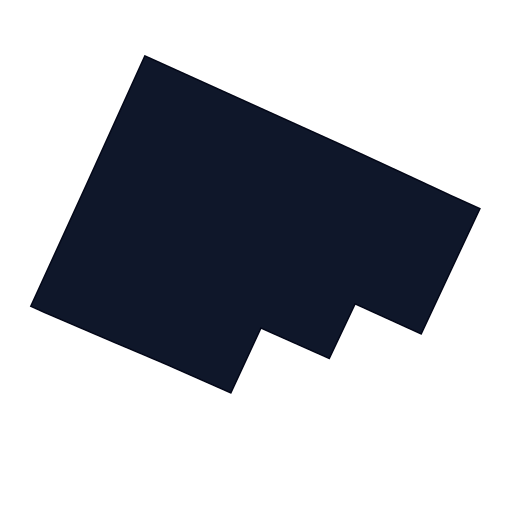 the district of Medina, Ohio, United States of America, rotated 204°
{"feature_id": "52423323B44345511959461", "entity_name": "Medina", "entity_type": "district", "adm_level": 2, "iso_a3": "USA", "parent_name": "United States of America", "parent_adm1": "Ohio", "projection": "natural_earth1", "projection_center": [-81.932, 41.133], "detail": "fine", "context": "isolated", "style": "filled", "palette": "ink", "viewbox_px": 512, "rotation_deg": 204, "n_neighbors": 0, "source": "geoboundaries", "source_scale": "gbopen_adm2", "svg_char_len": 384}
<svg xmlns="http://www.w3.org/2000/svg" viewBox="0 0 512 512"><g transform="rotate(204 256 256)"><path d="M438.9,393.6L439.9,253.1L441.3,118.5L426.0,118.4L348.1,119.5L324.4,120.0L294.9,120.5L223.3,120.7L222.2,192.2L147.4,192.2L146.0,252.6L73.4,252.0L72.1,322.1L70.7,390.3L104.1,390.5L142.6,391.2L219.5,392.3L438.9,393.6Z" fill="#0f172a" stroke="#020617" stroke-width="1.5"/></g></svg>